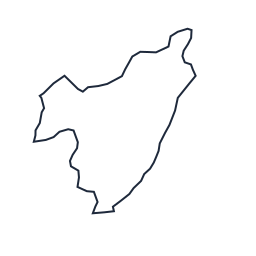 Tranemo, Västra Götaland, Sweden, rotated 340°
{"feature_id": "70781695B94862964500573", "entity_name": "Tranemo", "entity_type": "district", "adm_level": 2, "iso_a3": "SWE", "parent_name": "Sweden", "parent_adm1": "Västra Götaland", "projection": "equal_earth", "projection_center": [13.442, 57.51], "detail": "fine", "context": "isolated", "style": "outline", "palette": "slate", "viewbox_px": 256, "rotation_deg": 340, "n_neighbors": 0, "source": "geoboundaries", "source_scale": "gbopen_adm2", "svg_char_len": 996}
<svg xmlns="http://www.w3.org/2000/svg" viewBox="0 0 256 256"><g transform="rotate(340 128 128)"><path d="M209.3,100.5L208.9,95.4L208.9,89.8L203.8,85.7L203.7,79.1L206.8,74.4L213.0,69.7L218.1,65.0L221.2,57.7L217.9,55.1L207.6,54.6L199.4,56.4L193.9,65.3L180.2,66.5L172.9,63.5L165.6,60.6L156.5,62.3L151.0,67.1L145.5,71.8L140.0,77.2L123.6,79.5L114.4,78.4L104.4,76.0L98.0,78.4L94.3,74.2L89.8,64.7L86.2,57.2L73.3,60.6L60.5,66.5L56.1,67.6L56.9,70.0L55.9,80.7L52.3,83.7L46.8,93.2L40.3,98.6L38.5,103.3L34.8,108.7L46.7,111.1L55.0,111.1L62.3,108.1L71.4,108.7L76.0,111.7L76.0,124.2L73.2,129.6L66.8,134.3L62.2,139.1L61.3,144.5L66.8,151.1L65.0,157.7L60.4,166.1L67.7,173.3L74.1,176.3L74.1,187.1L70.4,190.7L65.8,196.1L76.8,199.1L86.3,201.4L86.9,196.8L95.5,194.2L106.7,190.5L112.7,186.4L122.2,182.2L127.5,176.8L134.8,173.8L140.4,169.3L144.7,164.7L148.9,160.0L152.6,153.3L161.1,145.3L168.0,139.3L178.2,127.7L185.1,116.7L200.6,107.3L209.4,102.1L209.3,100.5Z" fill="none" stroke="#1e293b" stroke-width="2"/></g></svg>